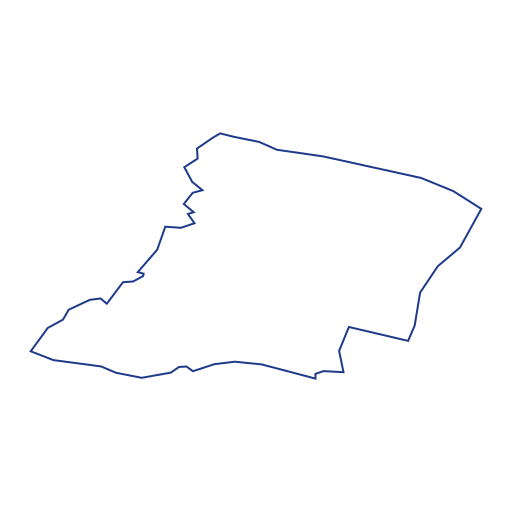 Ongar Lea-5, Fingal, Ireland (Equal Earth projection)
{"feature_id": "5873133B74097350408695", "entity_name": "Ongar Lea-5", "entity_type": "district", "adm_level": 2, "iso_a3": "IRL", "parent_name": "Ireland", "parent_adm1": "Fingal", "projection": "equal_earth", "projection_center": [-6.436, 53.396], "detail": "fine", "context": "isolated", "style": "outline", "palette": "blue", "viewbox_px": 512, "rotation_deg": 0, "n_neighbors": 0, "source": "geoboundaries", "source_scale": "gbopen_adm2", "svg_char_len": 804}
<svg xmlns="http://www.w3.org/2000/svg" viewBox="0 0 512 512"><path d="M47.8,327.9L30.7,351.3L53.4,360.1L100.9,366.4L116.1,372.8L141.7,377.8L170.9,372.6L178.9,367.0L186.5,366.5L192.9,371.2L214.3,364.2L234.8,361.7L261.6,364.4L315.5,378.6L315.4,373.9L323.5,371.1L343.5,372.2L339.1,350.9L348.9,327.0L408.1,340.9L414.7,325.5L420.1,292.6L437.8,266.2L460.0,247.5L481.3,208.9L453.3,191.1L421.2,178.0L323.1,156.4L277.0,149.8L259.1,141.9L233.8,136.8L220.2,133.4L213.3,137.4L197.0,148.5L197.6,158.6L184.3,167.2L192.2,181.9L202.4,190.2L192.7,192.8L183.8,204.0L193.7,212.2L187.9,214.0L194.5,223.2L180.9,227.8L165.3,226.7L157.2,249.7L137.8,272.1L143.6,273.7L143.2,276.0L133.1,281.5L123.0,282.2L106.8,303.7L100.6,298.5L89.9,299.8L68.7,309.7L63.0,319.6L47.8,327.9Z" fill="none" stroke="#1e3a8a" stroke-width="2"/></svg>